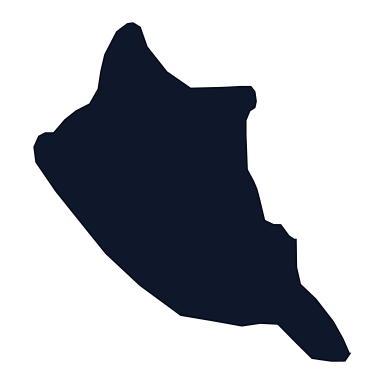 Češinovo-Obleševo, Albers equal-area conic projection
{"feature_id": "MKD-2925", "entity_name": "Češinovo-Obleševo", "entity_type": "Statistical Region", "adm_level": 1, "iso_a3": "MKD", "parent_name": "North Macedonia", "parent_adm1": "", "projection": "albers", "projection_center": [22.298, 41.869], "detail": "fine", "context": "isolated", "style": "filled", "palette": "ink", "viewbox_px": 384, "rotation_deg": 0, "n_neighbors": 0, "source": "natural_earth", "source_scale": "10m", "svg_char_len": 813}
<svg xmlns="http://www.w3.org/2000/svg" viewBox="0 0 384 384"><path d="M133.0,23.0L140.3,27.5L140.6,28.8L147.0,47.0L166.8,72.0L190.5,88.4L222.7,87.6L240.0,86.7L250.9,86.7L254.8,91.9L256.1,101.3L254.8,107.4L249.7,110.8L245.8,120.3L245.8,135.0L247.1,169.6L253.6,181.7L256.8,189.4L259.3,198.9L264.5,220.5L273.5,224.8L280.6,224.8L289.0,236.1L294.1,239.5L296.0,239.5L296.4,267.2L300.3,284.4L315.7,299.1L333.1,321.5L342.8,338.8L349.2,353.5L349.9,353.5L344.9,360.9L331.7,361.0L312.1,358.3L296.9,343.3L277.9,324.0L260.2,323.1L241.9,325.8L212.4,320.5L180.8,315.2L140.1,285.3L106.0,253.5L90.6,234.4L55.8,191.0L36.0,162.0L34.1,147.0L38.8,136.4L45.2,133.0L53.7,133.0L65.0,119.8L76.1,111.0L89.8,104.0L98.3,89.0L101.0,71.4L104.9,54.7L116.8,31.8L127.3,23.9L133.0,23.0Z" fill="#0f172a" stroke="#020617" stroke-width="1.5"/></svg>